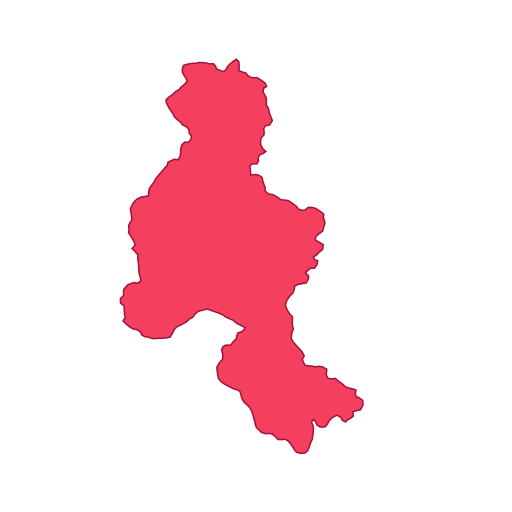 Jampruca, Minas Gerais, Brazil (Albers equal-area conic projection), rotated 221°
{"feature_id": "56859067B52389882389753", "entity_name": "Jampruca", "entity_type": "district", "adm_level": 2, "iso_a3": "BRA", "parent_name": "Brazil", "parent_adm1": "Minas Gerais", "projection": "albers", "projection_center": [-41.751, -18.479], "detail": "fine", "context": "isolated", "style": "filled", "palette": "rose", "viewbox_px": 512, "rotation_deg": 221, "n_neighbors": 0, "source": "geoboundaries", "source_scale": "gbopen_adm2", "svg_char_len": 4456}
<svg xmlns="http://www.w3.org/2000/svg" viewBox="0 0 512 512"><g transform="rotate(221 256 256)"><path d="M143.1,126.8L139.5,126.7L136.3,126.4L132.1,128.2L129.7,130.7L127.1,132.2L123.2,132.4L119.0,131.9L116.2,134.3L113.5,137.0L110.2,137.4L106.8,137.0L102.7,135.9L99.4,134.8L96.5,134.6L93.2,136.1L89.9,139.1L89.3,143.0L90.7,147.1L92.4,151.3L93.4,154.9L95.4,157.7L97.2,160.5L99.6,163.7L102.1,165.6L105.1,166.9L105.5,170.2L102.3,170.0L99.1,168.5L95.5,169.0L91.9,172.0L91.8,175.9L92.7,179.4L92.4,184.0L90.7,188.7L86.5,190.0L83.1,188.6L79.6,189.4L79.4,192.3L78.2,195.6L77.5,199.0L80.7,201.9L79.0,204.8L76.2,208.6L77.5,213.8L80.7,217.0L85.1,216.7L88.3,215.5L90.8,217.5L92.6,220.4L95.5,219.3L99.3,217.3L102.6,215.9L106.3,216.2L111.1,215.7L115.7,215.7L118.7,212.5L121.4,211.0L124.3,211.9L126.3,214.2L128.3,217.0L132.9,216.0L136.5,213.8L138.2,211.5L141.5,209.6L144.3,207.5L147.4,205.7L150.6,207.0L153.3,208.4L154.1,212.3L158.3,213.9L162.9,214.5L167.2,215.0L171.6,215.5L175.1,216.6L178.3,221.1L180.1,225.6L183.2,227.6L185.7,230.6L188.6,234.0L193.1,234.5L197.9,236.1L201.8,238.4L203.6,242.6L204.2,248.2L203.9,252.6L205.3,256.0L207.1,258.8L205.7,261.9L203.3,265.1L200.4,268.7L201.4,272.9L203.2,275.5L207.7,275.8L207.4,279.4L206.7,282.9L203.9,285.0L204.2,289.3L206.4,293.0L209.0,291.7L212.0,292.8L210.9,296.7L210.9,299.7L210.0,304.6L212.6,308.7L217.6,307.8L221.4,307.0L223.5,309.4L223.3,313.1L222.0,318.5L224.2,322.9L225.4,325.8L227.5,327.7L230.4,329.1L232.1,331.8L235.1,332.0L239.4,331.5L243.0,330.8L245.6,329.3L248.5,327.0L249.1,323.0L251.1,320.7L254.6,319.2L258.0,320.0L261.0,319.9L264.3,319.5L267.9,319.0L271.2,316.9L274.1,314.8L278.7,314.4L283.4,313.4L287.4,311.0L292.0,311.1L294.0,313.7L296.6,315.0L299.8,316.9L302.9,319.2L306.4,319.0L310.0,317.1L313.1,313.6L315.2,315.8L317.3,317.7L319.8,320.1L319.2,323.2L315.7,326.1L316.6,329.6L318.7,331.4L319.6,334.5L317.9,338.0L317.1,341.3L321.6,341.5L325.5,343.1L328.5,346.5L329.7,349.2L329.3,352.2L331.0,354.8L333.6,357.0L334.4,360.2L331.7,363.8L332.5,368.9L335.5,370.5L339.5,372.6L343.6,375.6L347.4,376.8L349.7,379.6L352.0,382.1L355.3,383.4L358.3,384.4L360.2,387.6L359.2,390.9L362.6,392.5L366.4,392.2L372.2,391.3L374.8,389.0L377.2,387.4L380.3,386.8L383.9,387.4L386.5,386.1L390.6,384.7L393.5,388.7L396.6,391.4L399.9,391.6L401.1,387.4L401.6,384.1L401.7,380.0L400.8,376.3L402.0,373.5L405.3,372.3L408.6,371.4L411.2,372.8L414.2,373.2L417.3,370.4L421.5,368.2L425.5,365.1L427.9,361.9L430.1,360.0L432.0,357.8L434.1,355.0L435.8,352.3L434.2,348.6L431.5,346.0L428.7,345.1L425.8,344.3L422.6,343.0L422.6,339.0L423.3,334.6L423.2,331.0L424.7,326.8L424.9,322.9L426.0,318.9L426.4,314.9L424.0,312.7L420.8,311.5L418.1,310.4L414.5,309.6L411.8,308.7L408.9,307.5L404.5,307.3L400.2,307.4L397.5,306.7L393.8,307.8L389.9,307.7L387.0,304.9L383.1,303.9L381.3,300.3L382.0,297.1L384.6,295.1L384.8,291.1L382.8,286.9L380.4,284.2L378.7,281.5L377.9,277.3L380.9,275.7L382.6,272.2L384.0,268.8L382.4,266.2L382.6,262.6L382.5,258.1L382.5,253.7L382.4,248.9L381.4,244.2L381.1,240.2L380.7,236.7L378.8,233.6L376.6,231.2L378.4,228.5L381.3,225.3L383.1,221.2L383.5,217.1L383.1,213.9L381.9,209.4L377.9,206.0L375.4,203.8L373.3,201.7L372.9,197.8L371.7,194.9L369.3,192.7L367.3,189.9L363.7,189.0L360.6,187.9L357.1,186.6L354.2,184.8L354.5,180.4L349.8,180.0L345.9,179.4L343.7,176.5L341.1,174.4L338.1,171.5L335.6,169.0L333.5,166.7L329.8,164.2L326.6,161.8L327.5,157.8L330.4,156.2L332.0,153.7L333.9,150.1L333.9,147.0L333.9,144.0L332.1,141.5L330.0,139.4L330.4,134.8L327.3,131.5L322.8,131.8L320.1,128.9L317.1,125.9L314.3,123.8L313.8,119.8L310.2,119.5L307.1,119.5L304.1,119.6L300.5,120.5L297.7,122.2L293.8,122.9L290.4,121.5L286.8,122.2L284.1,124.2L281.3,125.1L278.7,126.7L276.5,129.0L273.5,131.9L270.3,134.9L267.6,138.4L268.5,143.6L269.5,147.1L269.2,150.8L267.2,155.4L265.4,160.4L264.7,165.2L263.5,168.4L263.9,171.8L263.4,176.0L261.8,178.6L259.9,181.2L258.1,184.0L255.4,185.0L252.0,186.3L248.8,187.7L245.8,188.7L242.5,189.8L238.4,190.2L234.8,191.3L231.1,192.5L226.9,192.5L221.6,193.7L217.0,194.9L216.8,190.1L219.3,185.9L217.9,182.8L216.5,180.2L217.0,177.0L216.7,172.0L220.3,169.0L221.5,165.6L220.2,162.3L216.2,159.8L213.6,156.4L213.6,151.4L212.6,146.3L209.5,143.4L206.9,141.2L204.0,138.9L199.9,138.3L196.1,138.6L192.0,139.5L189.1,140.3L186.3,140.8L183.3,142.3L179.5,143.4L176.1,141.2L173.7,139.5L170.2,138.1L167.4,137.8L163.5,137.8L159.7,137.0L156.5,135.6L153.7,133.8L151.0,132.0L148.4,130.3L146.1,128.5L143.1,126.8Z" fill="#f43f5e" stroke="#9f1239" stroke-width="1.5"/></g></svg>